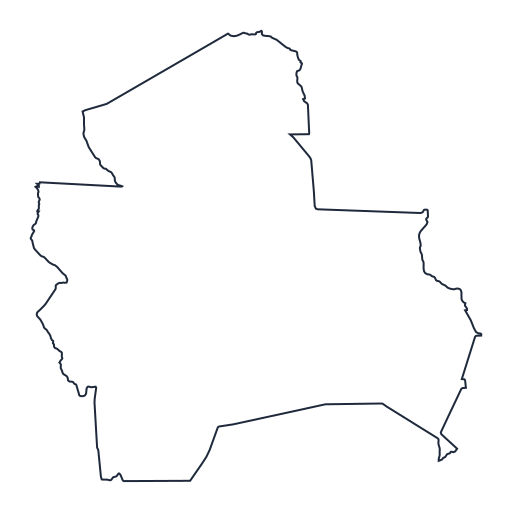 the Department of Santa Cruz
{"feature_id": "BOL-1940", "entity_name": "Santa Cruz", "entity_type": "Department", "adm_level": 1, "iso_a3": "BOL", "parent_name": "Bolivia", "parent_adm1": "", "projection": "mercator", "projection_center": [-61.708, -16.97], "detail": "fine", "context": "isolated", "style": "outline", "palette": "slate", "viewbox_px": 512, "rotation_deg": 0, "n_neighbors": 0, "source": "natural_earth", "source_scale": "10m", "svg_char_len": 5833}
<svg xmlns="http://www.w3.org/2000/svg" viewBox="0 0 512 512"><path d="M457.1,448.7L455.8,450.6L454.9,451.6L453.5,452.2L452.0,451.8L451.0,451.7L450.6,452.0L450.4,452.6L450.0,453.1L449.4,453.5L448.7,453.6L447.1,454.2L445.2,457.0L443.2,457.9L442.1,459.4L441.4,459.8L438.7,460.8L438.7,459.1L439.6,455.6L439.7,454.3L439.6,451.5L439.8,450.1L439.6,448.0L438.5,444.3L438.4,442.2L438.6,440.0L438.4,439.1L437.7,438.3L386.4,406.4L382.8,403.8L381.6,403.5L325.4,404.3L233.0,424.4L219.1,426.5L218.2,426.9L217.7,427.7L209.6,450.1L206.4,456.8L202.4,463.0L190.1,480.8L124.1,481.1L123.5,480.9L123.1,480.7L122.5,479.8L120.7,475.3L119.8,474.0L119.0,473.4L118.5,473.6L118.1,474.1L117.0,475.7L116.2,476.4L115.3,476.7L113.5,477.1L113.0,477.5L112.6,478.0L111.5,479.5L111.1,479.9L110.8,480.1L110.3,480.3L109.7,480.2L106.9,479.6L103.0,479.6L101.7,479.4L100.9,476.6L98.3,450.2L97.4,448.2L97.1,447.6L94.5,402.5L94.7,398.6L96.2,387.8L95.6,386.7L91.7,387.2L90.5,387.1L88.8,386.6L88.1,386.6L87.3,387.2L86.6,388.5L86.1,393.3L85.8,394.1L85.3,394.9L84.8,395.5L84.0,395.9L83.0,396.1L81.9,396.2L80.8,396.1L79.9,395.8L79.3,395.3L79.0,394.6L78.9,393.8L76.3,384.9L75.9,384.4L74.7,384.0L73.9,383.3L73.5,382.6L72.9,382.0L72.0,381.7L70.2,381.6L69.3,381.4L68.5,380.9L68.1,380.3L67.6,377.6L66.7,376.2L65.6,375.4L64.3,374.7L63.0,373.6L62.6,372.8L62.1,371.1L61.8,370.2L60.9,368.6L60.7,367.7L60.9,364.9L60.7,364.1L60.1,363.3L59.4,362.6L60.5,360.7L62.1,358.9L62.3,358.4L62.3,358.0L61.9,357.0L61.8,356.5L61.8,355.8L61.9,353.2L61.7,352.5L61.0,351.8L59.7,351.1L59.1,350.6L58.0,349.6L57.2,348.9L56.5,348.5L55.1,348.1L54.8,347.8L54.5,347.4L54.1,346.6L53.9,346.0L54.0,344.6L53.8,344.2L53.1,343.5L52.9,343.2L53.2,341.9L53.2,341.2L53.0,340.8L51.9,340.0L51.0,338.3L50.3,335.7L49.4,334.0L48.1,332.3L47.2,330.8L46.7,330.0L46.3,329.6L45.5,329.0L45.0,328.6L44.1,327.6L43.0,324.4L40.9,320.5L40.1,319.3L37.3,316.3L37.0,315.7L36.7,314.4L37.1,312.6L38.0,311.6L39.3,310.5L44.4,305.4L45.7,303.8L55.4,289.3L55.8,288.0L55.7,286.5L55.7,285.9L56.0,285.1L56.4,284.7L58.8,283.1L59.5,282.9L60.0,282.8L61.2,283.0L61.8,282.9L63.1,282.6L63.7,282.6L64.4,282.8L66.5,282.6L67.0,281.4L67.3,280.2L67.0,278.9L66.5,278.0L65.9,276.3L65.7,275.8L65.3,275.4L62.5,273.1L57.2,267.0L55.2,265.4L54.6,265.1L53.0,264.6L49.4,262.5L48.5,261.7L44.6,257.6L44.0,257.1L43.4,256.8L42.0,256.4L40.6,255.6L34.8,249.3L33.9,247.8L32.6,242.7L32.4,241.4L32.3,240.8L31.9,240.2L31.0,239.1L30.7,238.5L30.8,237.7L31.5,236.5L31.8,235.1L34.0,231.4L34.2,230.9L34.0,230.3L33.0,229.8L32.5,229.4L32.3,228.4L32.4,227.4L32.8,226.4L33.4,225.4L34.0,224.8L35.4,223.8L35.9,223.2L36.3,221.3L38.3,216.6L38.4,215.7L38.3,215.1L37.7,214.3L37.6,213.8L37.7,213.2L38.8,211.4L37.3,211.3L37.4,210.6L38.8,208.8L38.9,207.5L38.8,206.4L38.8,205.2L39.3,204.0L38.7,202.6L38.9,201.4L39.4,200.4L39.7,199.4L39.4,198.4L38.2,196.8L38.0,195.4L38.0,193.2L38.1,192.8L38.3,192.5L38.5,192.0L38.4,191.2L38.0,189.9L37.3,188.7L36.5,187.7L35.5,186.9L36.3,186.3L37.1,186.2L37.9,186.5L38.8,186.9L38.9,185.8L38.5,185.1L37.1,183.8L38.8,183.8L39.5,183.7L39.9,182.3L120.7,186.6L122.0,186.5L122.2,186.3L120.9,185.8L118.7,185.2L118.0,184.9L117.4,184.5L115.8,182.7L115.3,181.8L114.9,180.6L114.8,179.6L114.7,178.1L114.6,177.4L114.3,176.8L113.0,175.2L112.2,173.6L111.6,172.7L111.1,172.2L108.6,171.0L108.0,170.6L106.1,169.0L105.5,168.7L104.8,168.7L104.1,168.5L103.4,168.1L100.5,165.1L100.1,164.2L99.8,161.1L99.4,160.3L98.7,159.3L97.9,158.8L96.3,158.2L95.7,157.8L95.1,157.2L88.7,147.1L86.4,140.7L84.5,137.6L84.0,136.6L83.4,133.6L83.7,132.1L84.0,131.1L84.3,129.9L84.3,128.2L84.0,124.9L84.0,117.5L82.6,111.5L85.5,110.1L106.7,103.9L195.1,52.7L228.0,33.6L228.3,33.7L230.0,35.2L230.6,35.6L233.5,36.2L236.2,35.9L238.9,34.9L243.1,32.8L244.0,32.8L244.9,33.2L247.1,33.6L248.4,34.4L249.1,34.7L249.8,34.7L251.2,34.3L255.2,34.4L255.8,34.1L256.2,32.8L257.1,32.2L259.7,31.8L260.0,31.6L260.7,31.1L261.5,30.9L261.9,31.6L261.9,34.1L263.0,35.4L265.7,35.9L268.7,36.1L270.7,36.5L271.9,37.6L272.3,37.9L276.5,39.7L285.7,47.0L287.8,48.1L289.2,48.4L289.6,48.6L289.9,48.9L290.2,49.7L290.5,49.9L291.0,50.2L295.6,51.3L296.8,52.0L297.2,53.2L297.3,54.9L297.7,56.6L298.2,58.2L298.8,59.6L299.3,60.1L300.7,61.2L300.8,61.6L300.5,62.3L300.9,62.7L301.8,63.2L302.0,63.7L301.9,64.1L301.4,65.3L300.6,68.3L300.0,69.6L298.9,70.6L297.4,71.0L297.0,71.3L296.7,72.2L296.4,73.6L296.4,75.1L296.6,75.9L297.4,77.3L297.4,78.9L297.2,80.6L297.3,82.4L297.9,83.5L301.2,86.3L301.7,87.4L302.6,91.3L304.7,95.8L305.0,98.5L303.1,99.1L304.1,101.2L307.1,103.3L307.9,104.7L309.2,133.4L308.9,134.2L290.0,134.4L293.3,137.3L309.8,157.2L310.6,158.6L311.2,160.1L313.9,191.9L314.7,206.0L315.9,208.7L317.8,209.3L420.0,213.0L421.4,212.8L422.6,212.2L423.1,211.6L423.9,210.0L424.4,209.7L427.0,209.7L427.7,210.3L428.0,216.5L427.7,217.4L426.3,218.6L426.2,219.7L427.5,222.1L426.6,224.4L420.5,231.4L419.5,233.4L419.0,235.6L419.2,238.3L420.5,243.2L420.7,245.7L420.6,246.1L420.0,247.2L419.9,247.8L419.9,248.6L420.5,251.8L421.5,253.7L421.9,254.9L422.3,259.4L422.6,260.4L423.3,261.5L423.6,262.9L423.6,268.6L424.0,271.1L425.1,273.0L427.4,274.3L429.3,274.5L429.9,274.7L430.6,275.1L431.7,276.0L432.3,276.4L433.8,276.7L434.3,277.0L435.0,277.9L436.0,280.1L436.9,280.8L439.1,281.3L439.9,281.8L441.6,283.7L442.3,284.2L444.5,285.1L445.2,285.5L447.9,287.8L449.6,288.5L452.0,289.1L454.3,289.3L456.0,288.7L457.4,288.5L458.5,288.7L459.9,289.2L460.7,290.1L461.3,291.6L461.5,293.1L461.4,294.7L461.5,295.7L461.5,298.2L461.6,299.4L462.1,300.5L462.8,301.4L463.5,302.2L464.4,302.8L465.4,303.2L464.9,305.2L465.1,305.9L466.2,307.3L467.1,308.9L467.0,310.1L465.1,310.3L470.8,320.3L473.9,328.1L476.0,332.0L478.5,333.4L479.7,333.4L480.7,333.6L481.3,334.2L481.2,335.6L477.0,335.7L475.9,336.0L475.1,336.7L461.8,379.1L464.3,379.3L464.9,379.8L465.2,381.1L465.6,385.0L465.9,387.8L462.5,388.1L461.4,388.7L447.8,417.4L440.8,432.4L441.3,434.2L457.1,448.7Z" fill="none" stroke="#1e293b" stroke-width="2"/></svg>